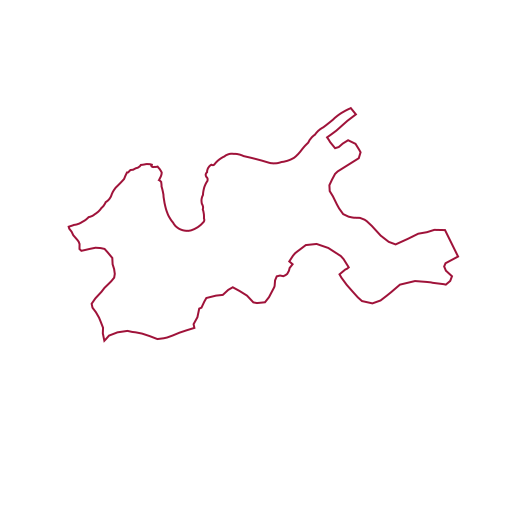 outline of Kafr Shukr, Al Qalyubiyah, Egypt, rotated 48°
{"feature_id": "37247803B61393331220836", "entity_name": "Kafr Shukr", "entity_type": "district", "adm_level": 2, "iso_a3": "EGY", "parent_name": "Egypt", "parent_adm1": "Al Qalyubiyah", "projection": "mercator", "projection_center": [31.254, 30.554], "detail": "fine", "context": "isolated", "style": "outline", "palette": "rose", "viewbox_px": 512, "rotation_deg": 48, "n_neighbors": 0, "source": "geoboundaries", "source_scale": "gbopen_adm2", "svg_char_len": 6131}
<svg xmlns="http://www.w3.org/2000/svg" viewBox="0 0 512 512"><g transform="rotate(48 256 256)"><path d="M217.5,425.4L217.3,422.7L216.8,418.5L219.5,411.5L220.0,410.1L225.0,402.6L225.7,401.6L229.6,398.8L232.2,396.5L237.4,392.6L244.4,388.6L250.7,385.4L251.8,384.8L255.4,379.6L257.1,376.6L259.3,371.2L261.8,364.1L264.0,359.1L264.6,357.7L268.2,349.9L264.9,348.0L262.3,340.5L257.1,333.4L257.9,331.1L255.3,324.9L254.0,321.0L258.7,312.2L262.7,306.7L262.6,299.3L263.7,294.2L271.1,291.6L279.4,289.2L288.7,289.0L291.6,286.8L296.4,280.3L295.3,273.9L291.4,263.4L290.7,262.2L287.7,259.0L286.9,258.2L285.0,254.2L286.6,251.2L289.3,249.2L290.0,246.8L290.2,244.8L289.0,241.4L287.4,239.0L286.6,234.3L282.3,234.9L280.5,228.2L280.1,225.1L280.3,222.0L280.5,220.0L281.2,211.7L287.6,202.9L298.4,196.9L312.8,193.0L316.9,193.0L326.5,194.7L326.4,196.8L325.8,198.7L325.5,206.2L329.1,207.0L338.1,207.9L346.3,208.0L354.8,208.0L360.4,207.4L369.1,201.2L372.4,193.2L373.0,185.4L373.3,180.0L373.6,168.2L381.0,154.6L387.2,148.7L389.4,146.6L392.6,143.7L394.2,142.6L402.6,135.3L404.3,134.1L404.5,128.4L402.2,123.9L394.0,124.7L389.7,123.2L388.2,120.0L391.6,106.2L363.2,98.2L355.9,106.0L352.7,113.0L348.0,120.5L344.8,131.9L340.8,144.5L334.3,147.9L324.3,149.7L311.1,149.8L304.2,150.4L301.7,151.0L297.3,153.2L296.0,154.5L293.1,157.6L291.5,158.9L288.7,160.9L283.2,163.2L276.2,162.4L271.9,161.4L263.1,158.9L257.1,157.8L252.5,154.1L250.1,148.4L247.9,142.3L247.8,138.7L252.1,114.2L248.9,108.9L245.9,108.2L239.2,107.0L231.6,110.1L230.5,116.3L230.4,121.6L228.8,125.1L220.9,124.7L218.5,124.2L215.4,123.8L216.0,118.7L216.6,112.4L216.7,97.6L217.6,87.0L209.5,86.6L208.8,88.9L208.5,89.9L207.9,92.1L206.9,96.7L206.6,98.6L206.5,99.5L206.3,101.4L206.2,103.2L206.1,105.1L206.2,107.5L206.0,111.7L205.7,116.3L205.4,119.9L205.1,121.1L204.9,122.4L204.7,123.7L204.7,125.0L204.6,125.7L204.7,127.0L204.8,128.3L205.0,129.7L205.3,131.0L205.1,132.5L205.1,133.7L205.1,134.9L205.3,136.2L205.5,137.4L205.7,138.6L206.1,139.7L206.7,141.3L206.8,143.8L206.9,145.7L207.0,146.7L207.2,148.2L207.4,149.6L208.1,153.4L208.3,155.1L208.5,156.9L208.5,157.7L208.6,159.4L208.5,161.9L208.3,162.8L207.9,164.3L207.7,165.1L207.2,166.6L206.6,168.1L206.0,169.5L205.6,170.2L204.5,172.3L203.2,174.2L202.5,175.8L201.6,177.5L200.9,178.6L199.9,179.8L198.9,181.0L197.9,181.9L197.0,182.8L195.6,183.8L188.9,187.9L184.3,190.9L179.8,193.9L173.4,198.4L172.0,199.0L170.9,199.6L169.8,200.2L168.7,201.0L167.7,201.7L166.7,202.6L165.8,203.5L165.0,204.4L164.0,205.3L163.4,206.0L162.8,206.8L162.3,207.6L162.1,208.1L161.7,209.0L161.4,209.9L161.1,210.8L161.0,211.3L160.9,212.3L160.9,212.8L160.6,213.7L160.3,214.8L160.0,216.5L159.9,217.2L159.7,218.7L159.7,219.4L159.6,220.8L159.7,222.3L159.7,223.0L159.9,224.4L160.1,225.8L160.1,226.2L160.0,226.4L160.0,226.7L159.8,227.0L159.4,227.5L158.8,227.9L158.3,228.1L158.2,228.6L158.1,229.5L158.1,230.3L158.2,231.1L158.3,231.5L158.5,232.3L158.7,233.1L159.1,233.8L159.7,234.9L160.2,235.5L161.0,236.3L161.0,237.0L161.1,237.5L161.3,238.0L161.5,238.4L161.8,238.9L162.2,239.2L162.8,239.6L163.3,239.8L163.8,239.9L164.3,240.0L165.0,239.9L165.7,240.1L166.2,240.3L166.6,240.6L167.2,241.2L167.5,241.6L167.8,242.1L167.9,242.6L168.0,243.0L168.3,244.0L168.8,245.3L169.1,246.0L169.7,247.3L170.4,248.6L171.2,249.8L172.5,251.6L173.9,253.3L175.1,254.5L175.6,255.6L176.0,256.5L176.8,257.7L177.4,258.5L178.4,259.5L179.2,260.1L180.0,260.7L181.0,261.3L181.5,261.4L182.2,261.6L182.9,261.9L183.6,262.2L184.2,262.6L184.8,263.1L185.3,263.7L185.9,264.5L186.8,264.8L187.9,265.4L189.0,266.1L190.1,266.8L191.6,268.0L192.5,268.8L193.2,269.5L193.9,269.8L194.5,270.2L194.9,270.6L195.2,271.0L195.3,271.2L195.5,271.7L195.6,272.0L195.7,272.5L195.7,273.2L195.8,274.2L195.9,275.7L195.9,276.4L195.8,277.8L195.7,279.3L195.6,280.0L195.3,281.5L195.1,282.2L194.8,283.6L194.3,285.0L193.7,286.6L193.4,287.3L192.9,288.1L192.0,289.5L191.4,290.1L190.9,290.7L189.7,291.8L188.4,292.8L187.5,293.4L185.6,294.4L184.1,295.0L182.5,295.4L181.4,295.6L179.8,295.8L178.2,295.7L177.1,295.6L175.8,295.3L173.6,295.2L172.0,295.0L170.4,294.7L168.8,294.4L167.2,294.0L165.7,293.5L164.2,292.9L162.9,292.4L160.7,291.4L158.6,290.3L155.4,288.5L153.4,287.2L150.3,285.2L148.4,283.7L146.1,282.3L143.6,280.9L141.0,279.6L140.5,279.1L139.5,278.3L138.5,277.6L137.5,276.9L136.7,276.9L135.9,277.0L135.2,277.1L134.7,277.3L134.6,276.8L134.4,276.4L134.2,276.1L133.8,275.0L133.4,274.0L133.2,273.5L132.7,272.6L132.1,271.6L131.4,270.8L131.0,270.3L130.1,270.0L128.7,269.7L126.8,269.4L125.1,269.4L123.7,269.3L123.3,270.1L122.8,270.8L122.3,271.4L121.7,272.0L121.5,272.4L121.2,272.8L120.6,273.3L120.2,273.5L119.3,273.6L118.8,273.4L118.8,273.2L118.8,272.9L118.7,272.5L118.5,272.3L117.7,272.8L116.8,273.4L116.0,274.2L115.2,275.0L114.3,276.0L113.1,278.0L112.2,279.4L111.3,280.6L111.5,281.6L111.6,282.4L111.5,283.2L111.4,284.0L111.4,284.3L111.3,284.7L111.0,285.4L110.5,286.3L110.4,286.6L110.0,288.0L109.7,289.5L108.1,291.8L108.3,295.1L108.1,295.4L107.9,295.7L107.6,296.0L109.0,299.4L110.5,302.5L110.7,304.4L111.0,308.0L111.2,311.6L111.3,314.1L111.4,315.0L111.7,316.3L112.0,317.7L112.2,318.3L112.6,319.6L112.9,320.3L113.4,321.5L114.1,322.8L114.6,323.8L115.0,324.8L115.1,325.3L115.4,326.3L115.5,326.8L115.6,327.8L115.7,328.9L115.6,329.9L115.6,330.5L115.4,331.7L115.9,332.8L116.2,333.8L116.5,334.9L116.8,336.0L116.8,336.6L116.9,337.7L116.9,338.9L117.3,340.7L117.4,342.0L117.5,343.0L117.5,344.0L117.4,345.3L117.3,346.6L117.1,347.7L117.0,348.7L117.0,349.2L116.8,350.3L116.7,350.8L116.3,351.8L116.0,352.7L115.5,353.7L115.1,354.4L115.2,355.3L115.2,356.5L115.2,357.7L115.1,358.9L115.0,359.5L114.8,360.6L114.4,362.3L114.2,363.5L113.9,364.7L113.6,365.8L113.1,366.9L112.9,367.4L112.7,367.9L112.1,369.0L111.5,369.9L111.1,370.5L110.6,371.8L109.9,373.4L108.9,375.6L110.7,376.5L114.6,376.8L118.3,377.9L124.4,378.0L126.6,378.2L129.0,379.1L132.7,382.5L135.3,382.3L137.0,379.3L139.6,374.6L142.5,369.7L146.1,366.2L149.4,363.8L153.9,363.8L161.3,364.1L166.2,368.1L170.8,370.2L174.8,372.9L177.2,375.9L177.9,380.5L178.1,384.4L178.3,389.9L179.2,394.8L180.0,403.7L181.5,410.1L185.0,412.1L190.7,412.6L196.8,413.9L201.5,415.6L207.0,417.7L211.0,421.6L217.5,425.4Z" fill="none" stroke="#9f1239" stroke-width="2"/></g></svg>